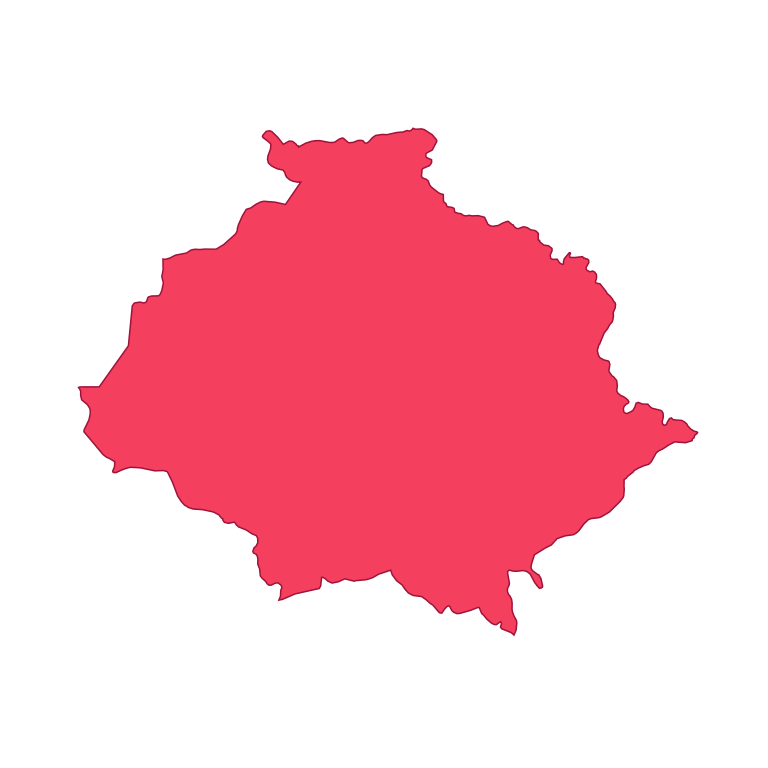 the district of Mulevala, Zambezia, Mozambique, rotated 352°
{"feature_id": "85939544B54372279750556", "entity_name": "Mulevala", "entity_type": "district", "adm_level": 2, "iso_a3": "MOZ", "parent_name": "Mozambique", "parent_adm1": "Zambezia", "projection": "orthographic", "projection_center": [37.65, -16.373], "detail": "fine", "context": "isolated", "style": "filled", "palette": "rose", "viewbox_px": 768, "rotation_deg": 352, "n_neighbors": 0, "source": "geoboundaries", "source_scale": "gbopen_adm2", "svg_char_len": 6144}
<svg xmlns="http://www.w3.org/2000/svg" viewBox="0 0 768 768"><g transform="rotate(352 384 384)"><path d="M448.4,134.8L446.5,136.4L444.4,137.1L442.1,136.2L437.8,137.1L431.8,136.7L421.7,137.5L416.7,136.6L410.3,136.7L406.9,138.4L402.6,142.0L400.2,143.1L398.5,142.6L397.4,140.6L396.1,139.7L392.1,139.2L387.4,140.4L383.3,140.3L382.0,139.7L378.1,135.1L376.8,134.6L373.6,135.3L368.7,137.7L367.3,137.7L363.9,137.3L354.1,134.0L349.9,133.5L346.0,133.6L340.0,134.6L332.5,137.4L332.6,136.5L331.1,135.8L330.2,134.1L327.3,131.1L325.1,130.4L323.8,130.3L317.6,132.6L313.1,124.9L308.1,118.5L306.1,117.3L302.6,117.4L298.8,120.6L298.1,121.9L298.6,123.3L302.4,127.0L304.9,130.0L305.3,131.1L304.3,135.5L300.9,141.8L299.9,145.2L300.3,149.1L302.7,152.1L305.1,154.0L308.4,156.1L313.8,158.1L315.3,161.0L315.5,163.2L316.4,165.7L319.1,168.7L322.2,170.6L326.5,172.1L329.7,172.5L311.4,192.5L301.6,188.8L290.4,186.3L287.0,186.6L282.0,188.3L276.7,191.1L271.9,191.9L267.2,197.7L262.2,205.7L260.4,209.6L260.2,211.4L258.1,214.6L244.7,223.6L236.6,227.1L224.8,225.4L220.3,225.2L216.1,224.3L213.2,224.3L211.3,224.6L206.6,226.8L195.3,227.4L189.7,229.4L185.8,230.0L184.0,230.0L182.5,229.5L181.1,240.4L178.9,246.7L179.6,253.1L176.9,260.7L175.1,263.6L174.2,264.7L172.8,265.3L166.0,264.5L163.1,265.0L162.3,265.4L160.2,269.5L158.2,270.3L156.9,270.2L153.8,268.9L148.9,269.0L147.6,269.4L145.6,271.6L136.2,310.6L101.6,347.2L82.6,344.6L81.0,344.9L82.2,347.3L82.6,349.2L82.0,353.2L82.4,357.6L87.4,363.1L89.0,366.6L89.4,368.8L89.0,372.4L86.9,378.3L80.7,387.6L80.2,389.5L95.9,414.7L98.9,417.8L101.7,419.5L106.6,423.5L105.6,428.4L103.3,432.4L103.2,433.1L103.6,433.9L106.2,434.5L112.5,432.6L117.8,431.5L121.5,431.2L131.1,433.1L145.0,438.1L153.4,439.0L156.8,440.4L157.5,441.4L160.8,451.6L164.1,466.2L167.0,472.3L169.8,476.4L171.6,477.5L172.7,478.8L177.5,481.2L186.9,483.2L196.5,486.7L198.4,487.8L202.3,490.6L204.1,493.8L205.6,495.1L205.4,495.8L205.8,497.2L206.8,498.8L210.5,500.3L216.4,500.0L217.1,500.5L218.1,502.8L220.1,505.3L227.3,509.4L232.4,514.0L236.5,516.4L237.4,519.1L237.0,523.4L234.9,526.6L232.5,528.1L230.8,531.6L231.2,533.1L233.7,534.8L234.6,537.0L234.7,540.1L233.9,544.7L235.1,549.9L234.8,556.7L236.4,559.6L239.3,563.0L240.4,565.5L242.0,567.2L244.6,567.5L247.1,566.5L249.7,566.0L251.4,566.3L253.9,568.6L254.6,571.2L253.1,573.9L251.9,579.8L249.8,583.4L253.7,583.1L266.7,579.5L291.4,577.5L293.2,575.1L295.3,566.9L295.8,566.6L298.3,568.2L301.1,571.5L304.9,573.9L311.2,573.5L318.1,571.5L327.0,575.1L328.7,574.8L338.3,575.3L341.6,575.0L346.1,574.1L352.2,571.6L364.7,569.3L365.6,574.1L369.2,580.7L374.0,585.5L376.1,589.9L379.1,594.4L383.5,597.5L391.8,599.8L396.0,603.8L399.4,607.9L401.6,609.7L406.5,617.5L407.6,618.5L409.4,618.9L412.7,615.3L415.3,613.2L416.7,612.7L418.0,613.2L419.8,618.1L421.3,619.8L424.4,621.6L427.3,621.7L438.2,620.2L445.3,618.5L447.2,618.6L448.8,624.9L450.6,627.0L453.2,631.3L457.4,636.0L459.5,637.4L461.6,638.0L466.0,635.7L466.6,635.7L467.0,637.8L465.5,640.9L466.5,642.8L475.4,647.9L477.8,650.7L480.6,646.0L482.3,639.0L482.2,636.4L480.4,631.7L479.6,628.2L479.4,625.3L480.4,618.6L480.4,615.2L479.3,611.7L478.2,610.0L477.3,606.7L477.8,603.8L479.8,600.7L480.5,598.7L480.1,588.7L480.6,586.8L481.2,586.1L482.5,585.8L485.2,587.1L489.0,587.9L495.6,588.1L498.3,589.0L499.6,589.8L502.4,592.7L505.4,601.1L507.7,605.4L509.6,608.0L511.6,607.8L512.6,607.2L513.0,606.1L512.3,598.3L510.7,594.5L509.5,593.9L505.1,589.5L504.1,587.4L504.1,585.6L505.1,582.6L509.2,574.1L521.0,568.8L527.3,566.7L533.9,561.2L542.1,559.6L550.5,559.6L553.4,558.5L556.4,556.6L562.4,550.5L567.6,546.7L570.7,546.1L577.9,546.3L580.6,545.8L589.3,542.2L601.3,533.3L605.0,529.7L605.8,528.3L607.3,521.5L607.4,518.8L608.5,512.1L610.8,511.0L612.3,509.4L618.4,505.9L619.8,504.5L624.5,502.6L630.4,501.0L634.9,500.4L637.7,498.4L644.1,490.0L647.1,488.3L650.8,487.2L657.8,483.9L663.9,481.8L674.3,484.1L681.3,483.0L681.7,481.5L683.6,480.3L684.6,478.0L686.9,476.8L687.8,475.6L687.3,475.0L684.3,473.7L681.4,471.2L678.9,467.6L678.3,465.7L676.4,463.5L673.8,461.5L666.4,459.9L665.2,459.4L663.9,457.6L662.0,457.9L659.6,460.7L657.8,463.6L655.6,463.8L654.4,462.4L654.2,460.2L656.0,455.6L656.3,451.9L655.6,449.9L654.3,448.6L646.1,445.3L644.0,443.2L642.5,440.7L637.1,439.8L633.2,437.6L631.0,438.1L629.3,441.6L627.0,444.6L624.9,445.7L620.8,447.0L619.1,446.6L617.6,445.2L617.6,441.7L618.8,439.4L620.9,437.8L623.5,436.8L624.0,435.6L623.2,433.7L621.5,431.8L619.1,429.6L616.9,428.4L614.2,425.4L613.5,423.1L614.8,418.4L614.9,412.9L612.2,408.6L611.0,407.8L608.7,403.3L608.6,401.8L610.4,396.1L609.9,393.0L609.3,392.4L605.2,390.8L601.4,388.0L600.3,385.1L599.9,380.5L602.5,374.6L603.0,374.6L609.1,364.2L613.3,360.1L615.6,356.8L618.4,354.5L619.5,352.5L620.7,348.7L620.9,345.2L623.4,341.1L624.4,337.5L624.1,335.6L623.1,334.4L622.1,331.7L620.0,328.2L617.7,325.6L616.6,322.9L611.8,314.8L608.7,313.8L607.7,313.1L607.8,311.6L608.9,309.6L609.4,307.8L609.5,305.9L609.5,304.8L608.0,302.3L606.4,301.2L603.5,301.5L601.0,299.8L600.2,298.5L600.3,296.8L603.7,292.3L603.9,289.8L602.7,288.5L601.4,288.2L600.3,287.2L599.4,287.2L598.3,285.5L590.6,285.3L585.9,284.5L585.5,282.8L586.9,280.6L586.5,279.9L585.7,279.8L580.0,285.0L578.8,287.6L578.4,290.1L577.5,290.4L576.0,289.6L574.6,288.2L572.8,284.5L568.7,284.1L567.1,283.3L566.5,282.2L566.5,279.5L569.0,275.4L569.2,273.1L566.0,269.9L561.6,268.7L558.0,264.8L558.1,263.5L556.7,262.6L557.8,256.4L556.0,253.9L554.7,253.0L550.7,251.7L547.8,249.2L545.4,248.1L543.3,247.8L538.9,248.8L537.0,248.5L534.6,246.0L534.2,244.6L532.8,243.8L529.8,240.3L528.8,240.1L524.1,241.1L519.2,242.9L514.3,243.0L511.7,242.4L509.1,240.3L506.8,232.9L500.8,230.4L494.9,229.8L491.6,228.8L489.0,229.0L486.2,228.2L483.9,226.0L481.2,225.3L478.0,223.7L477.9,220.2L477.4,219.5L476.0,218.6L471.7,217.3L470.9,216.4L470.5,214.0L468.7,212.2L468.4,210.7L469.1,204.6L466.4,203.4L464.5,202.1L458.4,195.7L457.0,193.5L456.0,189.0L454.3,187.1L451.6,185.7L450.5,184.6L450.0,183.5L451.6,176.8L452.5,176.0L459.5,174.1L461.2,172.4L462.1,170.9L462.3,168.5L457.8,165.8L457.1,164.4L457.5,161.9L458.6,161.1L464.4,159.0L470.0,151.2L470.1,149.7L466.5,143.9L459.2,137.6L456.6,136.6L450.6,136.1L448.4,134.8Z" fill="#f43f5e" stroke="#9f1239" stroke-width="1.5"/></g></svg>